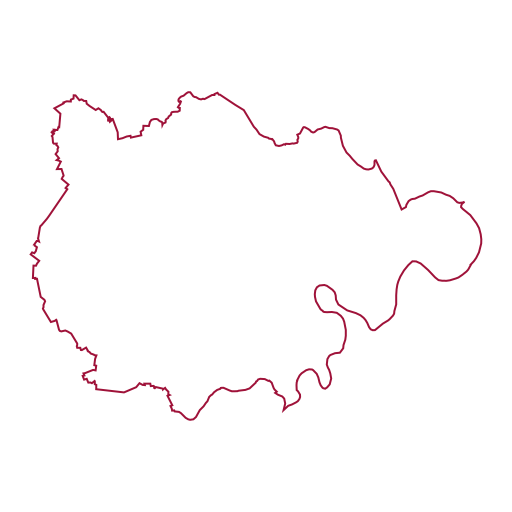 San Rafael, Veracruz, Mexico (Albers equal-area conic projection)
{"feature_id": "50627088B57037698095260", "entity_name": "San Rafael", "entity_type": "district", "adm_level": 2, "iso_a3": "MEX", "parent_name": "Mexico", "parent_adm1": "Veracruz", "projection": "albers", "projection_center": [-96.918, 20.214], "detail": "fine", "context": "isolated", "style": "outline", "palette": "rose", "viewbox_px": 512, "rotation_deg": 0, "n_neighbors": 0, "source": "geoboundaries", "source_scale": "gbopen_adm2", "svg_char_len": 5963}
<svg xmlns="http://www.w3.org/2000/svg" viewBox="0 0 512 512"><path d="M174.6,411.4L179.0,411.9L180.9,413.1L185.6,417.8L188.2,419.3L190.1,419.8L193.4,419.3L196.0,417.0L199.8,410.1L203.6,406.3L205.9,402.9L207.4,401.3L209.2,396.9L211.1,395.1L212.1,394.6L214.1,392.2L217.2,389.9L220.3,388.8L220.7,388.0L221.7,387.8L223.5,387.8L229.9,390.6L232.0,391.3L237.3,391.2L238.7,390.7L245.4,389.9L249.6,388.4L255.7,382.7L256.1,381.5L257.1,381.0L258.1,379.5L260.2,378.8L264.8,379.1L268.4,380.9L269.3,380.6L271.7,382.7L273.6,387.9L274.5,389.5L276.8,391.7L275.2,392.9L277.9,394.7L282.3,396.5L284.2,398.6L285.2,403.5L283.6,410.1L288.2,405.8L291.9,404.5L296.0,402.4L297.8,401.2L299.4,399.0L300.1,397.0L300.0,394.6L298.0,391.3L296.7,390.1L296.5,385.1L296.7,382.4L297.3,380.6L297.1,380.4L299.6,375.5L301.6,373.3L306.2,370.2L309.1,369.3L312.1,369.5L313.1,370.1L316.7,373.8L318.3,377.4L319.5,382.4L320.7,385.3L322.4,387.6L323.2,388.2L325.2,388.7L327.1,387.4L329.7,384.4L331.2,378.5L330.3,373.5L329.1,369.8L327.9,367.6L326.8,364.6L327.4,359.1L329.2,356.0L330.4,355.0L335.0,353.2L339.9,352.7L343.2,348.3L343.5,345.1L345.3,339.7L345.8,335.8L345.8,329.9L344.2,321.7L343.0,318.6L340.8,315.8L336.8,312.8L331.9,312.0L327.0,312.2L324.1,312.0L323.0,311.4L322.6,310.7L321.5,310.1L320.4,309.0L316.0,301.4L315.0,296.9L314.8,294.2L315.3,290.3L316.9,287.3L319.5,285.5L324.3,285.0L326.9,285.8L332.5,289.8L334.7,292.3L335.7,295.4L336.0,299.6L338.4,304.5L347.2,310.4L355.9,313.1L360.5,315.3L363.6,317.8L365.5,320.0L367.3,323.0L369.1,327.2L370.7,329.3L372.7,330.2L375.0,330.1L382.9,323.6L388.2,320.4L389.7,319.1L393.0,315.6L394.1,313.7L394.4,311.0L396.2,304.4L396.2,295.2L396.6,289.3L397.3,284.8L398.3,281.4L400.3,276.6L404.0,270.4L408.3,265.1L412.4,261.3L416.1,261.4L420.7,263.5L428.1,270.0L435.1,277.4L438.5,280.1L441.9,280.7L446.5,280.8L449.9,280.3L455.8,278.5L458.4,277.5L462.1,275.0L466.5,271.5L468.2,269.6L470.8,264.9L470.6,264.7L473.9,261.2L476.2,257.9L479.0,252.3L481.2,243.5L481.3,239.3L480.7,234.3L479.1,228.2L476.5,223.4L470.3,215.1L462.7,208.9L461.1,207.2L461.2,205.8L461.9,203.9L464.5,201.8L462.7,202.5L459.3,202.9L457.3,202.3L453.3,198.3L449.7,195.9L446.0,194.7L441.3,192.5L433.9,191.2L430.9,191.2L428.1,192.3L422.6,195.5L419.5,196.5L414.9,198.7L412.3,199.0L410.7,199.6L408.6,201.1L406.4,204.8L405.9,207.1L401.6,209.5L393.3,188.9L390.4,184.4L389.7,182.4L388.5,181.4L381.3,171.6L375.9,160.3L374.8,160.6L374.5,161.5L374.5,164.9L373.8,166.7L373.0,167.7L371.8,168.6L368.4,169.5L366.1,169.3L363.8,168.6L360.9,166.5L357.6,164.5L352.4,159.0L349.7,155.7L346.5,152.5L342.9,145.8L340.9,137.7L340.8,135.6L338.6,130.5L337.1,129.5L332.4,128.2L329.3,128.1L325.4,126.8L324.2,127.1L321.2,128.6L317.6,129.5L314.5,132.1L313.1,132.5L311.2,131.7L310.0,130.3L308.2,129.0L305.0,127.3L303.9,127.1L303.2,127.5L300.0,133.5L297.3,134.7L298.3,137.1L298.2,138.5L297.4,139.8L297.7,141.7L297.1,142.8L293.7,143.6L292.5,143.4L289.6,144.0L285.9,143.8L285.2,144.7L284.1,144.2L281.6,145.4L279.0,146.0L275.8,145.3L274.6,143.1L274.1,141.4L272.3,139.1L271.8,139.3L271.5,139.0L269.0,138.6L268.2,137.8L263.9,136.6L259.5,134.1L256.5,129.6L253.8,126.7L243.8,110.1L235.3,104.9L220.0,94.7L218.9,94.7L217.5,92.8L214.4,94.1L214.2,94.4L214.3,95.0L212.1,95.0L204.9,98.9L204.2,99.1L203.4,98.8L202.7,98.8L201.1,99.4L198.9,98.9L196.1,97.2L194.7,97.0L193.3,96.3L190.3,92.3L188.6,92.2L187.8,92.4L186.4,93.3L183.6,95.7L181.1,96.6L179.9,97.6L178.8,98.9L178.4,100.1L178.5,101.1L179.0,101.8L179.6,101.9L180.4,101.2L180.9,101.5L180.1,103.8L177.9,107.2L178.8,107.9L179.8,108.0L179.7,110.7L177.7,111.7L173.9,111.8L171.9,112.2L171.2,113.1L171.1,114.6L168.7,116.5L168.1,118.0L166.3,119.1L165.5,120.4L165.7,121.5L165.5,122.5L163.1,123.5L162.4,125.0L162.2,122.4L161.6,121.8L160.4,121.5L158.6,120.3L157.8,119.4L156.3,119.0L153.9,119.1L151.4,119.9L149.9,122.0L148.9,126.0L143.4,125.8L143.2,129.8L140.6,131.7L141.3,135.3L130.9,137.6L130.5,135.8L126.7,136.5L122.5,138.2L118.0,139.2L117.7,132.3L112.7,118.9L111.8,119.0L111.4,120.5L109.9,121.8L109.6,120.8L108.1,120.6L108.1,119.2L108.6,119.0L109.7,119.5L110.1,118.9L110.0,117.8L109.4,117.1L108.2,117.7L103.6,111.8L102.7,112.0L102.0,111.7L100.8,110.0L98.4,108.3L95.7,110.0L89.6,106.0L86.7,103.7L86.2,101.0L83.7,100.9L82.9,100.1L81.4,99.4L79.4,100.2L75.5,95.4L73.7,95.3L73.5,98.6L70.9,99.6L70.8,101.5L66.7,101.3L63.4,102.5L63.7,103.3L63.4,103.5L54.4,108.3L60.4,113.7L59.2,127.2L58.5,127.0L57.4,130.0L55.4,130.0L55.0,129.7L53.8,129.7L54.4,131.0L52.5,131.2L52.0,131.9L54.8,133.7L52.6,133.3L53.4,134.2L51.8,136.0L52.5,137.0L53.0,142.5L53.4,143.3L54.0,143.7L56.7,143.6L56.4,145.1L57.6,146.1L58.3,147.4L57.5,149.1L57.7,151.3L55.6,154.1L59.0,158.2L56.7,160.1L58.7,160.6L60.8,161.6L57.0,169.1L61.5,169.0L63.6,175.5L63.5,175.9L62.7,176.9L61.7,178.9L68.5,184.6L65.6,188.0L67.3,189.2L49.3,215.5L47.0,218.7L41.3,225.4L40.6,225.8L39.9,227.5L38.2,238.0L37.8,237.6L39.0,241.5L38.2,241.1L36.7,241.0L34.4,244.3L34.6,244.3L34.7,245.6L36.9,247.2L35.8,251.2L34.3,253.2L32.1,252.4L30.7,254.4L39.2,260.8L37.0,263.6L36.0,265.7L33.5,265.6L32.9,278.0L35.3,277.9L35.2,278.9L37.0,278.8L40.7,296.9L44.4,299.8L45.1,301.3L43.5,305.0L43.5,307.3L42.9,308.5L43.2,309.3L50.9,322.0L54.7,320.9L56.2,319.8L56.5,320.2L59.0,329.7L59.8,330.9L61.3,331.4L65.3,330.5L67.6,331.5L71.2,333.6L77.2,343.5L77.2,345.0L76.8,346.2L77.2,347.8L80.3,347.8L80.9,350.0L81.8,350.1L86.1,347.6L87.9,350.7L87.7,350.9L88.2,351.5L89.5,352.0L90.7,353.5L94.0,354.7L94.4,355.2L96.4,355.4L95.1,358.9L94.3,365.2L96.2,365.7L95.6,370.4L93.1,369.9L85.1,373.1L83.5,373.4L84.4,375.5L82.7,375.9L84.1,379.6L86.7,378.8L88.3,382.6L90.5,382.5L91.9,383.2L94.6,381.0L94.8,381.3L94.8,384.2L96.3,384.9L96.2,389.2L124.0,392.4L136.2,387.2L139.5,383.2L142.6,384.9L144.8,385.1L144.4,383.7L150.3,383.7L150.8,386.1L153.6,385.9L154.5,386.8L154.1,387.8L154.8,388.2L156.0,387.1L163.1,388.7L163.1,389.4L165.1,387.9L166.1,389.5L168.4,391.7L168.3,394.3L169.6,395.0L167.5,395.8L172.3,405.3L170.5,406.0L171.8,408.7L172.1,410.6L174.2,410.4L174.6,411.4Z" fill="none" stroke="#9f1239" stroke-width="2"/></svg>